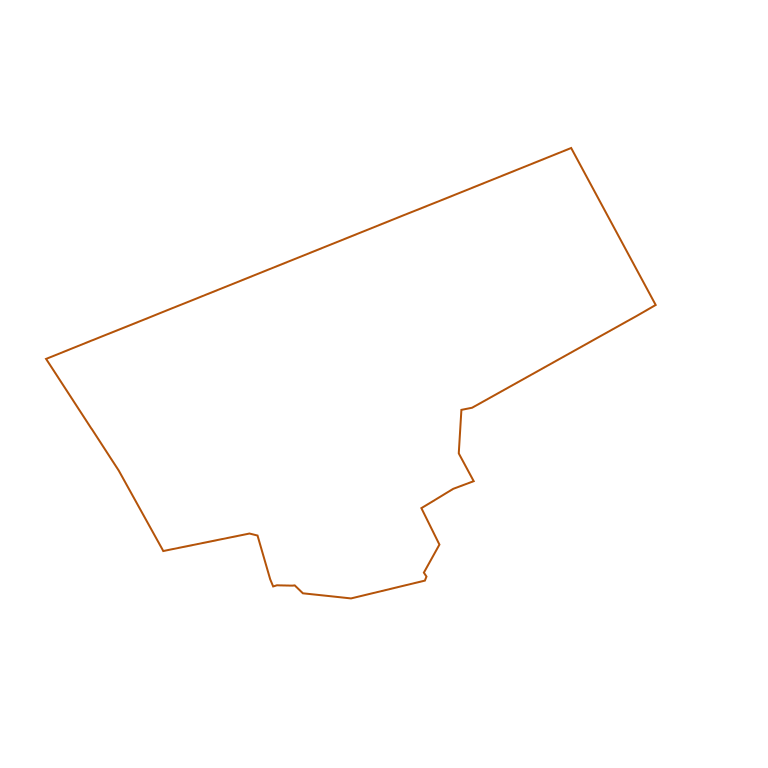 Durham, North Carolina, United States of America, rotated 60°
{"feature_id": "52423323B73804812534091", "entity_name": "Durham", "entity_type": "district", "adm_level": 2, "iso_a3": "USA", "parent_name": "United States of America", "parent_adm1": "North Carolina", "projection": "albers", "projection_center": [-78.845, 36.051], "detail": "fine", "context": "isolated", "style": "outline", "palette": "amber", "viewbox_px": 768, "rotation_deg": 60, "n_neighbors": 0, "source": "geoboundaries", "source_scale": "gbopen_adm2", "svg_char_len": 909}
<svg xmlns="http://www.w3.org/2000/svg" viewBox="0 0 768 768"><g transform="rotate(60 384 384)"><path d="M193.3,664.1L276.3,659.7L276.6,659.6L309.2,657.9L309.6,657.9L326.4,657.0L342.9,657.3L416.2,658.6L418.3,658.7L420.1,653.2L420.2,652.9L437.1,602.5L445.6,577.2L446.2,575.3L452.0,569.3L496.2,580.2L503.9,581.2L504.2,580.0L504.6,578.2L504.8,577.3L505.4,576.4L512.8,564.2L513.1,563.4L513.3,563.2L513.6,562.3L513.8,562.0L524.7,558.9L541.5,535.8L552.6,520.6L553.2,519.8L574.7,446.9L572.0,443.5L567.3,443.8L550.8,416.3L510.2,413.7L509.7,389.2L509.6,385.6L509.4,376.5L513.0,354.9L482.9,354.0L481.4,353.9L445.1,329.9L448.6,319.6L451.2,142.4L451.4,131.7L451.4,109.2L279.0,104.1L273.2,103.9L252.7,248.1L251.6,255.6L248.9,274.2L247.7,282.4L227.2,426.4L217.0,498.0L216.2,503.8L212.3,530.8L210.6,542.8L208.9,555.0L201.6,605.7L200.5,613.6L200.2,615.3L193.3,664.1Z" fill="none" stroke="#b45309" stroke-width="2"/></g></svg>